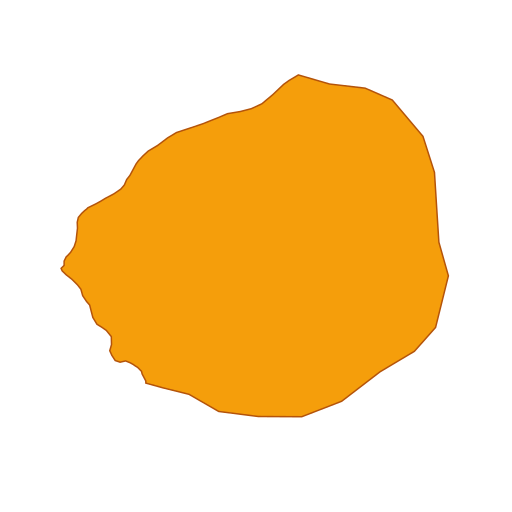 Mota, Vanuatu (Equal Earth projection), rotated 257°
{"feature_id": "77236927B83033077011178", "entity_name": "Mota", "entity_type": "district", "adm_level": 2, "iso_a3": "VUT", "parent_name": "Vanuatu", "parent_adm1": "", "projection": "equal_earth", "projection_center": [167.698, -13.846], "detail": "fine", "context": "isolated", "style": "filled", "palette": "amber", "viewbox_px": 512, "rotation_deg": 257, "n_neighbors": 0, "source": "geoboundaries", "source_scale": "gbopen_adm2", "svg_char_len": 1239}
<svg xmlns="http://www.w3.org/2000/svg" viewBox="0 0 512 512"><g transform="rotate(257 256 256)"><path d="M136.3,159.6L112.9,184.7L99.1,222.1L89.1,264.4L95.2,306.8L115.3,350.9L127.5,388.9L146.0,414.9L193.4,439.0L228.3,437.3L255.7,441.8L297.3,448.7L335.0,445.6L377.3,423.9L395.0,400.1L407.0,366.4L422.9,338.0L422.5,336.8L419.6,327.7L417.0,321.5L409.4,308.6L403.0,296.0L400.6,284.6L400.3,273.2L401.1,260.2L399.3,250.2L398.2,242.9L396.8,233.9L395.4,219.5L394.2,206.3L391.0,196.5L385.9,185.1L382.5,174.6L379.1,168.6L375.4,163.0L372.8,160.0L367.8,155.6L362.9,151.3L359.6,147.2L354.8,143.7L351.6,139.3L348.5,131.4L346.1,122.3L344.3,116.9L342.7,111.2L341.5,106.0L340.8,103.0L339.8,101.5L338.8,99.3L336.7,95.7L333.6,91.6L329.1,89.4L323.2,88.3L316.2,85.8L311.3,84.1L306.1,81.0L301.3,76.2L298.9,72.7L297.9,70.9L294.2,67.9L290.0,66.9L287.8,63.3L285.1,63.8L280.4,66.8L274.7,71.4L268.0,75.6L263.0,77.9L256.3,78.2L249.7,80.7L245.6,82.9L240.0,83.0L232.8,83.2L225.2,85.7L221.6,89.4L217.2,93.4L210.0,96.9L202.2,95.3L196.6,92.2L191.6,93.2L185.8,95.3L183.1,99.7L183.1,105.3L180.4,109.2L177.8,112.1L176.7,113.0L174.1,115.6L169.4,118.5L166.7,118.5L159.1,120.5L156.9,120.1L148.4,135.8L136.3,159.6Z" fill="#f59e0b" stroke="#b45309" stroke-width="1.5"/></g></svg>